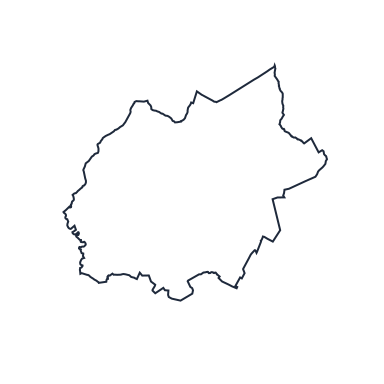 Osorhei, Bihor, Romania (orthographic projection), rotated 244°
{"feature_id": "2599482B12342041000570", "entity_name": "Osorhei", "entity_type": "district", "adm_level": 2, "iso_a3": "ROU", "parent_name": "Romania", "parent_adm1": "Bihor", "projection": "orthographic", "projection_center": [22.056, 47.025], "detail": "fine", "context": "isolated", "style": "outline", "palette": "slate", "viewbox_px": 384, "rotation_deg": 244, "n_neighbors": 0, "source": "geoboundaries", "source_scale": "gbopen_adm2", "svg_char_len": 5968}
<svg xmlns="http://www.w3.org/2000/svg" viewBox="0 0 384 384"><g transform="rotate(244 192 192)"><path d="M269.5,321.8L268.7,321.1L268.4,320.0L268.0,315.5L267.5,312.6L266.1,301.3L265.8,296.8L262.8,268.9L262.1,261.4L261.9,258.7L262.0,258.0L262.0,253.4L262.4,253.2L262.6,252.9L263.5,251.5L265.2,250.5L275.2,243.3L280.3,240.5L271.3,232.0L272.8,230.5L271.6,229.3L270.9,228.2L270.1,226.6L269.6,225.6L269.3,225.3L267.1,223.7L266.0,223.2L265.4,222.7L264.7,221.9L263.8,220.4L261.4,218.0L260.6,216.1L260.6,215.8L260.4,214.5L260.6,213.4L260.6,213.2L260.1,213.0L261.2,209.2L262.0,207.2L263.3,206.9L264.4,205.8L267.2,205.6L269.5,204.5L271.1,203.4L272.3,201.6L275.3,199.9L275.9,198.9L278.4,197.5L279.6,196.2L280.8,195.3L281.7,193.9L282.9,192.5L284.4,191.8L286.2,192.6L287.9,192.7L291.3,191.6L293.6,192.0L294.3,188.4L296.7,184.3L296.9,183.8L298.1,181.8L298.1,179.9L297.0,178.9L297.0,178.3L295.9,176.9L294.3,174.2L293.6,173.4L292.8,172.6L292.4,172.4L291.0,172.0L289.9,171.0L283.9,162.5L283.4,161.4L282.2,159.1L281.9,155.8L281.3,153.6L281.3,152.9L281.3,152.2L281.1,151.6L281.2,151.1L281.5,150.4L281.5,149.9L280.8,148.4L280.1,143.5L280.1,142.8L280.2,142.1L280.2,141.2L280.2,139.0L279.8,136.5L279.6,135.6L279.4,135.2L278.8,134.6L277.6,132.1L276.8,131.3L276.6,131.0L276.4,128.4L276.2,128.0L275.8,127.7L275.1,127.5L272.4,127.1L271.6,126.8L269.5,125.7L268.6,124.8L268.4,124.5L268.7,122.7L268.8,121.5L268.7,121.1L268.6,120.5L268.2,120.0L267.9,119.3L267.8,117.9L267.6,117.3L265.1,112.8L264.5,109.8L264.3,109.0L261.9,106.9L259.8,104.3L259.3,103.9L257.8,103.7L251.1,102.0L248.6,101.6L247.2,100.9L246.2,100.0L245.6,99.1L245.1,97.5L245.3,97.1L245.2,96.3L245.0,95.9L244.4,95.6L244.2,95.2L244.1,94.4L243.8,93.0L243.4,91.8L242.9,89.7L242.4,88.7L241.9,87.1L242.0,87.0L242.2,86.2L242.2,84.9L241.9,84.2L241.7,83.4L240.3,83.5L238.2,83.0L236.8,82.4L236.3,81.5L236.0,80.1L234.9,79.1L234.4,78.9L233.8,78.1L233.8,77.7L231.9,77.0L231.4,76.6L231.4,76.1L231.6,75.5L232.6,75.4L231.1,70.9L230.3,67.7L229.4,67.8L228.1,68.5L227.0,68.7L225.8,68.3L225.1,67.3L224.5,66.9L224.2,66.8L223.4,66.9L222.9,67.2L222.3,67.9L222.0,68.0L221.2,67.8L219.7,67.8L218.0,66.1L216.7,65.3L216.0,65.2L215.5,65.3L214.5,65.2L213.4,65.5L212.2,66.4L212.0,67.0L213.2,71.6L208.9,71.1L208.5,69.1L208.3,66.9L207.1,66.7L205.6,67.5L205.1,68.3L205.0,68.9L205.4,71.1L205.8,71.8L205.7,72.2L205.3,72.4L204.7,72.1L204.2,72.1L203.8,71.6L203.5,71.4L203.2,71.0L203.2,70.8L203.6,69.9L203.6,69.1L203.3,68.6L202.7,68.5L202.2,68.6L201.3,69.1L198.1,70.2L197.9,70.4L197.5,71.2L197.1,71.1L196.8,70.5L196.3,70.2L195.9,70.2L195.6,70.5L194.9,71.5L194.5,72.3L194.6,72.8L194.5,73.3L193.9,73.6L192.5,73.8L191.5,73.5L191.2,73.3L190.7,72.1L190.4,71.2L190.5,70.4L191.1,69.3L191.1,68.6L191.0,68.2L191.2,67.8L191.9,66.8L191.8,66.6L191.7,66.5L191.7,66.4L191.2,65.9L190.8,65.7L190.2,65.9L189.0,66.9L188.4,66.3L186.4,66.1L185.9,66.1L185.4,66.0L184.4,67.3L183.7,67.0L182.3,65.9L180.0,66.1L180.3,64.2L180.0,63.4L179.4,62.4L178.0,60.8L177.1,60.3L175.9,60.0L175.5,60.1L174.5,60.8L174.1,61.4L173.6,61.3L173.3,60.9L173.3,60.6L172.7,59.9L172.6,59.5L172.6,58.9L172.8,58.2L171.2,57.1L169.5,56.6L169.3,56.5L167.4,55.8L167.4,57.3L163.5,61.4L163.1,62.1L162.7,62.3L162.6,62.5L161.8,63.0L160.6,63.3L160.2,63.5L158.2,64.7L157.1,65.4L156.3,65.7L154.1,67.3L152.9,67.8L151.8,68.5L151.2,68.4L148.9,75.6L150.6,76.8L151.2,77.7L150.8,78.3L151.4,78.7L151.8,78.5L152.2,78.8L152.7,79.2L152.9,79.0L153.5,79.9L153.6,80.6L152.9,81.4L153.5,84.7L152.0,85.3L151.7,86.1L150.4,88.4L149.5,90.4L148.9,91.8L148.7,93.2L148.3,94.5L147.2,96.1L144.6,99.2L142.3,100.1L140.3,102.5L139.3,103.1L137.9,104.3L142.4,109.7L138.7,110.6L135.9,116.6L129.5,115.9L124.8,118.3L124.4,118.0L123.6,117.1L121.5,113.8L120.7,113.3L117.1,114.6L118.4,124.2L115.6,124.6L113.8,127.6L110.0,125.4L107.8,125.1L105.0,127.1L99.4,134.1L100.5,147.7L103.2,149.8L105.4,150.0L105.8,149.9L107.2,149.0L107.5,148.9L113.7,149.0L114.1,149.6L114.8,160.7L114.9,162.2L114.1,164.0L114.6,166.9L113.8,169.3L113.8,169.8L113.5,170.4L113.5,170.8L113.3,171.2L113.0,171.4L112.2,171.4L111.8,171.5L111.7,172.0L111.4,172.2L111.2,173.0L111.3,173.4L111.5,174.0L111.3,174.7L110.5,175.7L109.9,175.8L109.6,176.1L109.4,176.4L109.5,177.4L109.4,177.6L109.1,178.0L108.3,178.1L107.5,178.4L107.0,178.2L106.3,178.7L105.2,179.2L104.8,179.3L104.2,179.7L103.9,179.8L103.1,178.2L98.4,179.8L92.8,184.3L90.5,186.0L90.0,186.3L85.9,189.9L86.8,191.0L88.5,189.8L94.1,197.8L92.5,198.9L96.0,203.7L100.2,204.1L100.5,204.3L107.4,213.9L110.0,217.4L110.7,218.9L112.2,222.8L112.1,223.1L111.1,223.4L109.0,223.3L109.8,224.3L116.7,231.8L117.6,232.6L118.1,232.6L118.3,233.3L119.1,234.4L120.3,235.7L120.9,236.2L120.0,237.3L116.9,239.3L112.0,242.9L119.0,254.5L150.2,261.3L149.6,266.4L146.7,272.6L148.8,272.4L150.6,274.2L153.5,276.1L152.4,280.6L152.0,299.3L151.6,309.6L153.1,312.2L155.1,314.3L155.8,315.9L156.9,320.0L157.5,321.5L158.8,324.2L161.2,325.9L162.3,327.7L164.3,328.0L164.9,328.2L165.6,328.2L166.8,327.6L168.2,327.3L170.9,328.1L172.5,327.3L172.1,323.2L188.1,322.7L186.5,314.1L186.7,313.9L189.8,313.0L189.7,312.8L189.9,312.6L190.8,312.3L191.9,311.4L192.8,310.6L192.8,310.2L193.3,309.8L193.9,309.8L195.7,308.8L196.2,307.5L197.3,306.6L198.4,306.2L198.3,305.9L199.1,305.6L199.3,305.7L202.6,304.9L203.3,304.4L205.6,302.3L206.1,302.0L207.5,302.2L207.8,302.4L208.5,302.2L208.6,301.9L208.4,301.9L208.4,301.7L209.6,300.9L211.4,300.7L212.4,300.8L213.3,300.6L214.0,300.6L214.5,300.3L216.0,301.7L217.8,302.8L218.6,304.7L220.1,306.8L221.0,308.4L223.6,308.0L224.1,308.5L224.4,308.6L225.1,309.4L225.6,309.6L226.7,310.6L228.0,311.0L229.6,311.9L230.6,311.9L232.0,312.1L234.2,312.9L235.3,313.8L236.8,314.6L237.2,315.0L240.5,316.6L241.0,316.7L241.3,316.6L242.0,316.6L243.9,316.0L245.6,315.9L246.1,316.0L246.3,316.2L247.0,316.1L247.8,316.4L249.1,316.5L249.5,316.9L250.0,316.9L250.8,317.3L252.0,317.5L252.9,318.2L253.5,318.2L254.4,317.9L255.3,318.0L260.1,317.2L261.1,317.9L263.2,318.6L263.6,319.0L264.3,319.4L266.5,321.1L267.8,321.2L268.6,321.7L269.5,321.8Z" fill="none" stroke="#1e293b" stroke-width="2"/></g></svg>